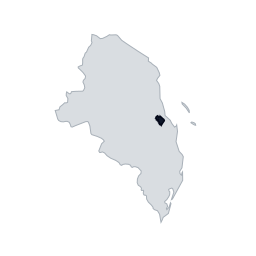 Sonaguera, Colón, Honduras (highlighted), rotated 76°
{"feature_id": "27666195B31402086681403", "entity_name": "Sonaguera", "entity_type": "district", "adm_level": 2, "iso_a3": "HND", "parent_name": "Honduras", "parent_adm1": "Colón", "projection": "natural_earth1", "projection_center": [-86.252, 15.631], "detail": "fine", "context": "in_parent", "style": "filled", "palette": "ink", "viewbox_px": 256, "rotation_deg": 76, "n_neighbors": 0, "source": "geoboundaries", "source_scale": "gbopen_adm2", "svg_char_len": 3724}
<svg xmlns="http://www.w3.org/2000/svg" viewBox="0 0 256 256"><g transform="rotate(76 128 128)"><path d="M227.5,118.8L219.3,118.2L215.4,119.4L213.7,122.0L212.2,123.1L211.0,122.9L208.5,123.9L204.8,126.2L201.4,127.1L198.4,126.5L197.5,127.1L197.3,127.9L196.9,128.6L195.7,129.0L194.4,128.8L192.9,128.0L192.1,128.3L192.0,129.8L191.2,130.2L189.6,129.5L187.9,130.1L186.0,131.9L183.3,132.3L179.8,131.2L177.1,129.3L175.2,126.4L172.9,125.6L168.9,127.8L167.3,130.3L166.9,131.9L167.3,133.2L166.6,134.2L164.7,134.6L163.3,136.3L162.3,139.3L162.1,141.6L162.7,143.2L161.8,144.4L159.4,145.1L156.5,147.7L153.2,152.0L149.9,155.0L146.6,156.7L145.0,158.6L145.1,160.7L144.9,161.4L144.3,161.6L143.2,161.9L136.9,157.4L135.1,154.2L133.5,154.7L131.5,156.3L128.7,159.9L125.7,164.7L124.3,165.3L116.8,164.5L112.8,165.0L112.0,165.6L111.6,167.4L111.9,169.8L113.0,178.4L113.6,181.9L113.0,183.0L110.9,183.1L108.3,183.6L106.9,185.3L106.5,186.9L106.4,189.2L105.6,191.6L104.0,193.4L102.3,194.0L93.4,194.4L93.6,190.5L91.0,188.9L89.5,185.6L88.2,183.3L88.7,182.0L88.5,180.4L84.9,179.2L81.5,180.1L79.5,179.5L78.1,178.7L80.6,176.7L80.8,175.5L80.0,174.6L79.1,174.1L79.4,171.9L79.9,169.2L81.3,163.1L80.8,162.1L78.5,160.2L75.6,160.0L72.5,160.6L70.9,159.7L69.6,157.6L67.3,156.6L63.3,158.2L59.0,160.8L57.7,161.7L56.7,161.6L56.2,159.7L56.0,157.4L55.7,156.9L53.4,156.1L50.8,155.5L49.5,154.9L48.2,153.4L45.0,151.4L44.3,149.9L40.1,146.6L39.2,144.9L38.3,143.7L36.2,142.2L34.6,142.5L29.3,140.6L28.5,140.4L29.2,138.8L30.9,136.2L34.6,133.3L34.9,130.9L34.0,126.4L33.0,123.5L33.6,122.2L34.7,117.0L35.6,115.8L41.0,113.1L41.5,112.8L45.7,109.1L50.3,104.9L55.2,100.4L60.6,95.3L63.6,92.4L65.0,91.1L68.1,92.1L70.6,89.7L72.0,88.9L75.3,86.1L76.3,85.4L81.9,84.3L84.6,84.3L86.9,87.2L88.7,88.8L92.3,87.4L95.2,87.1L107.3,89.8L112.1,88.6L121.0,88.4L124.9,89.0L130.6,85.2L134.2,84.4L138.4,82.6L137.8,80.8L136.8,80.0L143.3,80.8L152.9,84.7L163.1,84.0L166.8,81.9L169.2,81.3L179.7,85.3L182.5,88.3L184.7,88.6L186.3,87.9L186.8,87.3L184.7,86.6L183.8,85.7L192.0,87.6L207.7,102.1L208.0,103.2L201.3,99.0L197.8,99.3L196.9,100.0L197.1,102.3L197.4,103.4L198.9,103.5L200.0,102.9L202.8,103.7L204.6,105.2L206.8,107.6L208.2,110.2L209.6,110.3L211.0,108.7L213.6,108.5L215.4,110.2L216.6,110.1L214.9,107.4L210.8,104.8L211.8,104.6L220.7,109.5L223.2,115.5L225.3,116.9L227.5,118.8ZM122.9,66.7L117.8,69.6L116.2,69.5L118.5,67.3L122.3,65.3L125.6,64.4L128.2,64.8L122.9,66.7ZM140.5,63.5L138.1,65.7L137.6,64.7L138.8,62.7L140.3,61.6L141.7,61.7L141.3,62.5L140.5,63.5Z" fill="#d9dde1" stroke="#a8b0b8" stroke-width="1"/><path d="M123.5,97.0L123.9,97.6L124.0,97.6L124.1,97.8L124.2,98.0L124.3,98.2L124.3,98.3L124.5,98.4L124.8,98.4L125.0,98.4L125.0,98.2L125.0,98.3L125.0,98.2L125.3,98.2L125.3,98.3L125.3,98.2L125.5,98.2L125.8,98.2L125.8,98.3L125.9,98.2L126.0,98.2L126.1,98.3L126.2,98.2L126.3,98.2L126.3,98.3L126.5,98.4L126.8,98.4L126.9,98.5L127.0,98.5L127.1,98.2L127.1,97.4L127.1,97.1L127.3,97.0L127.4,96.9L127.5,96.9L127.6,97.0L127.6,96.9L127.7,97.0L127.8,97.0L127.8,96.9L128.0,96.8L128.3,97.0L128.6,97.0L128.8,97.2L128.9,97.3L129.0,97.3L129.0,97.2L129.3,97.0L129.3,96.9L129.5,96.8L129.5,96.7L129.6,96.4L129.8,96.3L130.0,96.3L130.0,96.2L130.3,96.2L130.4,96.3L130.4,96.2L130.4,96.3L130.5,96.3L130.6,96.5L130.8,96.4L130.9,96.5L131.0,96.5L131.1,96.4L131.3,96.3L131.3,96.5L131.5,96.5L131.7,96.4L131.8,96.4L131.8,96.5L132.0,96.5L132.0,96.4L132.2,96.2L132.3,96.1L132.5,96.1L132.6,95.9L132.8,95.8L132.8,95.7L132.8,95.4L133.0,95.3L133.0,95.2L132.9,95.1L133.0,95.1L133.1,94.9L133.3,94.9L131.8,93.4L129.7,91.0L128.4,91.1L127.3,92.0L125.1,93.4L124.7,93.7L124.8,93.7L124.8,93.8L124.7,95.4L124.7,95.5L124.8,95.6L124.7,95.6L124.7,95.8L124.3,96.0L124.2,96.0L123.3,96.2L123.5,97.0Z" fill="#0f172a" stroke="#020617" stroke-width="1.5"/></g></svg>